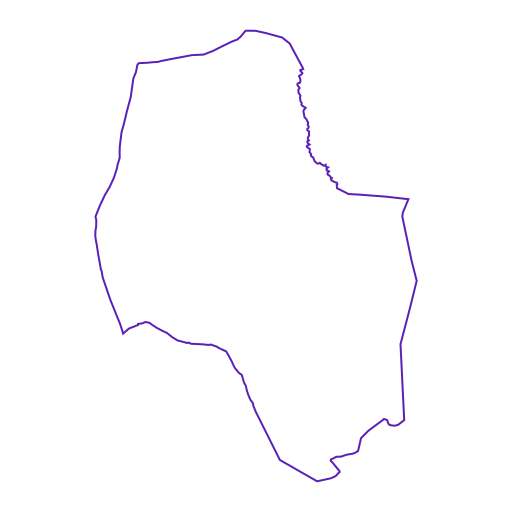 San Pablo Tijaltepec, Oaxaca, Mexico (Mercator projection)
{"feature_id": "50627088B89974538637092", "entity_name": "San Pablo Tijaltepec", "entity_type": "district", "adm_level": 2, "iso_a3": "MEX", "parent_name": "Mexico", "parent_adm1": "Oaxaca", "projection": "mercator", "projection_center": [-97.471, 17.005], "detail": "fine", "context": "isolated", "style": "outline", "palette": "violet", "viewbox_px": 512, "rotation_deg": 0, "n_neighbors": 0, "source": "geoboundaries", "source_scale": "gbopen_adm2", "svg_char_len": 3430}
<svg xmlns="http://www.w3.org/2000/svg" viewBox="0 0 512 512"><path d="M95.5,216.6L95.8,218.0L96.2,219.7L96.3,221.4L96.1,227.3L95.9,228.3L95.4,230.7L95.3,235.6L95.4,237.0L96.1,241.6L96.8,245.0L97.4,248.9L98.3,255.1L99.6,262.0L100.9,269.6L101.5,270.6L102.8,277.7L107.5,291.6L110.4,300.0L115.3,312.1L117.6,317.9L119.5,322.4L120.0,323.8L121.5,328.2L122.7,332.0L123.1,333.6L128.9,328.6L130.8,327.8L138.1,325.0L138.1,323.9L141.7,323.5L144.0,322.6L145.6,322.0L146.3,322.1L147.2,322.4L149.6,322.8L151.4,324.3L153.0,325.4L155.1,326.7L156.5,327.7L162.3,330.8L166.9,332.9L172.3,337.2L177.8,340.6L180.4,341.1L183.0,341.9L185.5,342.5L186.5,342.9L187.3,343.0L188.2,342.7L189.1,342.7L191.0,343.8L191.4,343.8L202.7,344.3L206.9,344.8L208.1,344.9L209.2,344.9L210.7,344.5L214.9,346.0L216.8,346.6L218.6,347.9L226.3,351.5L229.8,357.8L231.7,361.3L233.2,364.7L234.8,367.9L237.1,370.7L239.0,373.0L241.8,374.9L243.9,382.3L245.9,386.1L246.9,390.8L248.7,395.9L250.3,399.6L251.8,401.6L253.1,403.6L253.2,405.5L255.8,411.8L279.9,460.0L317.1,481.3L327.6,479.0L331.1,478.2L335.2,476.3L336.5,475.3L337.8,473.6L339.7,472.0L339.4,470.9L337.9,469.2L332.4,462.4L330.8,461.0L330.8,459.6L334.2,457.9L336.3,456.8L341.3,456.6L342.2,456.2L346.7,454.7L352.8,453.7L355.6,452.5L358.1,450.9L361.0,438.2L368.3,430.8L383.1,419.8L383.8,419.0L385.7,419.5L387.0,420.0L387.7,421.7L387.9,422.2L388.4,423.6L389.0,424.4L389.6,424.9L390.2,425.1L392.1,425.4L393.8,425.7L395.5,425.6L396.6,425.2L398.3,424.7L404.2,420.1L400.5,344.2L410.0,307.9L416.7,280.8L411.6,260.7L402.5,217.5L402.3,216.6L402.8,212.8L408.4,199.2L386.4,196.7L360.5,194.7L348.4,194.0L347.5,193.5L341.0,190.2L337.0,188.2L337.1,187.7L337.0,187.0L336.8,186.2L336.7,185.1L337.3,184.6L337.2,183.2L336.7,182.6L335.7,182.5L334.7,182.1L331.4,180.3L330.9,179.2L331.6,178.4L331.8,178.0L331.0,177.9L330.3,176.5L329.5,175.7L328.0,174.8L327.4,173.9L327.6,172.6L328.3,172.2L329.0,171.3L326.6,170.2L326.5,168.7L328.0,167.4L326.8,167.2L325.6,166.2L325.6,164.8L323.8,165.7L320.8,163.9L320.2,163.1L319.7,162.9L318.7,163.5L318.1,163.7L317.7,163.7L316.3,162.8L314.8,161.4L313.9,159.4L313.5,158.4L313.4,157.9L313.1,157.4L311.4,156.3L310.9,155.7L311.1,154.0L309.5,152.2L309.9,149.1L308.5,148.1L306.8,146.7L307.1,145.7L309.5,144.5L307.8,143.1L307.4,142.4L307.3,141.6L307.6,140.9L308.9,140.5L307.9,139.0L307.8,138.0L308.2,137.0L309.1,135.5L309.0,131.4L307.4,130.3L307.2,129.1L307.4,128.8L308.5,127.8L308.7,126.5L308.4,125.9L307.7,124.8L308.2,122.5L307.3,121.2L306.5,119.3L304.5,117.2L303.4,111.1L303.9,109.9L304.4,109.2L305.5,108.4L305.7,107.8L302.3,105.8L301.7,105.2L301.4,104.5L301.7,103.1L300.4,100.9L300.0,97.3L300.5,95.8L298.6,92.8L298.3,89.9L299.6,88.0L297.5,85.2L297.4,84.4L297.6,83.5L298.9,83.0L299.8,82.9L300.4,81.3L300.2,78.5L299.0,76.2L299.2,75.8L301.1,74.7L301.8,74.0L302.4,73.2L302.3,72.8L301.5,72.1L300.2,70.5L300.4,70.0L301.8,69.8L302.3,69.2L302.7,68.6L303.0,68.7L302.7,67.7L294.4,52.3L291.0,46.0L289.7,43.5L287.9,42.1L282.0,37.4L281.3,37.3L266.0,33.1L255.5,30.8L245.6,30.7L240.6,36.7L237.4,39.5L232.5,41.3L221.3,46.7L212.8,51.0L203.6,54.6L192.2,55.1L172.3,58.8L161.2,61.0L157.9,61.9L153.0,62.2L146.5,62.8L139.4,63.1L138.5,63.4L137.4,64.8L135.9,72.3L133.4,78.3L132.8,82.3L130.8,96.7L129.7,100.9L126.9,111.2L125.9,115.6L124.1,123.0L121.5,132.5L119.8,146.3L119.6,153.3L119.7,157.8L117.5,165.0L116.9,168.6L113.9,177.7L110.3,185.6L109.3,187.6L105.1,194.6L100.0,205.3L95.5,216.6Z" fill="none" stroke="#5b21b6" stroke-width="2"/></svg>